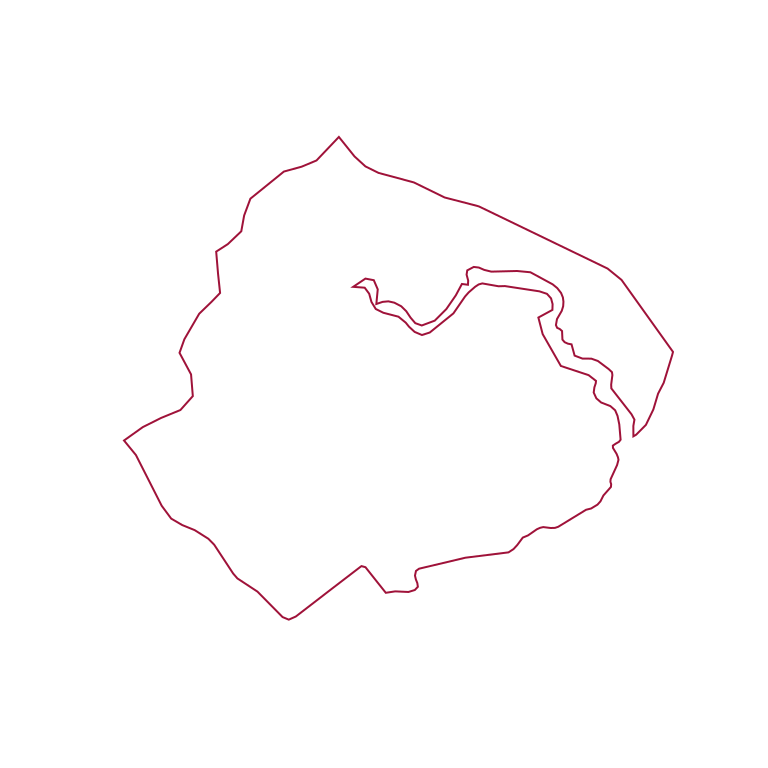 an SVG outline of Sédhiou, rotated 231°
{"feature_id": "SEN-5514", "entity_name": "Sédhiou", "entity_type": "Region", "adm_level": 1, "iso_a3": "SEN", "parent_name": "Senegal", "parent_adm1": "", "projection": "albers", "projection_center": [-15.668, 12.909], "detail": "fine", "context": "isolated", "style": "outline", "palette": "rose", "viewbox_px": 768, "rotation_deg": 231, "n_neighbors": 0, "source": "natural_earth", "source_scale": "10m", "svg_char_len": 2470}
<svg xmlns="http://www.w3.org/2000/svg" viewBox="0 0 768 768"><g transform="rotate(231 384 384)"><path d="M604.4,504.4L579.4,504.3L564.8,506.5L551.5,512.6L521.8,534.1L490.8,548.5L463.6,568.6L462.1,569.6L333.0,630.4L315.4,634.1L227.1,628.8L227.0,628.7L224.8,625.7L208.9,602.1L204.0,590.9L194.7,577.3L187.4,561.8L185.9,548.0L186.4,544.9L194.5,551.4L198.7,556.2L204.7,557.3L237.5,557.9L240.6,560.2L247.2,567.1L249.7,568.6L254.2,568.0L267.3,564.7L273.2,561.1L278.9,554.2L286.1,550.0L296.8,554.7L299.6,552.3L302.8,550.7L306.2,550.6L313.1,555.7L316.1,555.2L318.7,553.9L321.6,554.7L325.6,559.3L329.0,568.2L331.7,572.2L335.1,575.3L338.7,577.5L343.3,578.9L349.5,579.0L355.3,577.8L378.7,568.1L388.1,558.5L403.8,538.1L409.6,533.7L414.8,531.0L418.5,527.4L419.9,520.2L417.0,517.0L411.4,514.5L408.3,511.7L412.7,507.5L407.7,495.6L403.0,479.6L401.3,463.3L405.7,450.2L411.6,446.6L418.9,446.4L426.6,447.1L433.6,446.3L440.7,443.2L445.5,439.4L448.7,434.6L451.0,428.4L461.5,438.7L471.1,441.4L477.6,435.9L478.9,421.2L471.0,429.6L463.5,429.3L455.7,425.9L447.5,424.8L439.8,428.3L427.2,437.6L418.0,439.5L412.8,439.5L405.2,440.6L398.2,444.3L395.2,452.0L395.2,482.4L401.0,502.1L401.9,507.5L402.2,516.0L401.8,520.2L400.3,523.7L387.9,534.5L384.0,539.6L358.2,563.1L351.5,567.4L345.4,567.7L340.0,565.3L335.6,561.5L338.5,545.8L322.9,538.7L286.7,532.8L262.1,548.6L253.0,550.7L251.3,549.0L249.0,545.4L245.4,541.6L239.2,540.0L233.0,541.1L224.4,546.0L218.1,547.1L212.2,545.4L204.5,541.4L191.8,532.8L191.2,530.2L191.8,526.5L192.1,523.1L190.2,521.7L183.4,520.8L179.8,519.7L177.5,518.5L174.3,514.1L167.4,500.2L165.5,498.4L163.2,497.5L161.2,495.6L159.3,484.4L156.6,478.4L155.9,474.0L156.9,466.6L159.1,461.9L163.4,429.5L164.6,426.3L167.2,422.9L172.6,417.7L174.0,414.8L174.9,411.4L175.7,400.6L177.3,395.2L175.0,386.2L174.2,380.8L174.8,374.8L197.8,337.9L218.4,295.0L218.6,291.2L215.6,287.5L212.1,285.8L208.3,284.6L205.1,282.7L204.5,278.3L207.0,272.1L215.8,262.2L220.6,254.0L234.2,254.1L253.3,254.3L256.7,251.8L257.7,214.5L257.9,206.3L258.8,169.1L260.8,161.7L266.7,158.5L302.3,155.0L325.2,147.7L331.6,147.5L366.0,150.9L374.3,150.1L389.6,144.9L401.4,138.4L413.3,133.9L429.3,134.6L484.9,146.5L503.7,146.4L502.3,169.4L497.9,189.4L491.9,209.4L494.9,227.8L512.9,240.1L536.9,244.7L544.4,257.0L554.9,284.6L556.4,301.6L557.9,313.9L574.4,324.6L592.5,336.9L591.0,350.7L592.5,369.2L603.0,381.4L612.1,396.8L612.1,415.3L612.1,439.9L604.7,456.8L600.2,472.2L604.4,504.4Z" fill="none" stroke="#9f1239" stroke-width="2"/></g></svg>